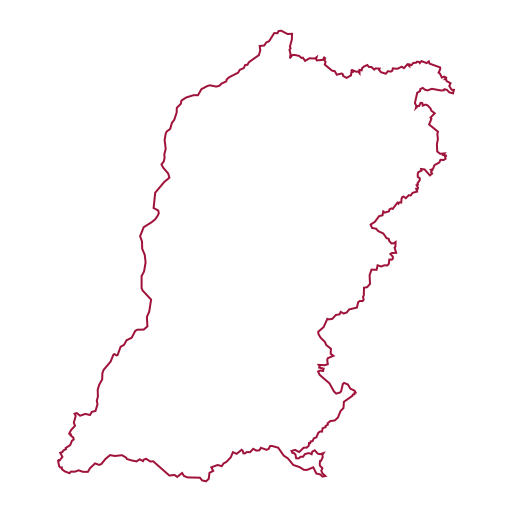 Victoria, Caldas, Colombia (Mercator projection)
{"feature_id": "7082276B78337286382012", "entity_name": "Victoria", "entity_type": "district", "adm_level": 2, "iso_a3": "COL", "parent_name": "Colombia", "parent_adm1": "Caldas", "projection": "mercator", "projection_center": [-74.809, 5.451], "detail": "fine", "context": "isolated", "style": "outline", "palette": "rose", "viewbox_px": 512, "rotation_deg": 0, "n_neighbors": 0, "source": "geoboundaries", "source_scale": "gbopen_adm2", "svg_char_len": 5939}
<svg xmlns="http://www.w3.org/2000/svg" viewBox="0 0 512 512"><path d="M292.0,33.8L287.5,34.0L281.2,30.7L278.5,31.1L277.5,33.2L274.2,33.1L269.1,41.2L266.2,42.5L264.3,45.5L259.7,46.0L260.3,50.3L258.9,55.1L249.0,62.1L247.4,64.8L245.3,64.9L243.6,68.2L239.8,69.8L238.1,72.7L229.2,77.2L226.8,79.3L226.2,81.4L221.5,83.6L219.5,85.7L216.3,86.6L209.9,85.3L207.2,86.1L201.4,89.2L198.0,95.2L193.5,95.2L186.1,97.5L181.4,100.6L180.8,103.9L176.8,107.8L176.7,112.4L174.3,119.7L171.9,122.9L170.2,128.9L166.6,131.6L165.7,133.8L164.6,140.0L165.7,148.7L164.3,154.6L164.6,157.9L163.7,161.5L161.5,164.4L163.1,167.6L168.2,173.5L169.4,177.7L164.4,181.8L155.2,192.7L153.6,208.0L158.2,210.5L158.8,213.2L157.6,215.8L155.2,219.3L151.5,222.3L143.7,227.2L140.1,236.2L142.0,241.5L142.2,248.8L144.7,254.7L145.6,262.2L144.1,271.3L141.6,276.1L141.6,288.0L142.6,290.5L151.1,299.6L149.2,311.7L146.9,316.9L147.4,326.4L143.7,329.6L137.4,329.7L135.3,330.8L131.7,337.7L126.5,340.3L124.1,344.8L120.6,346.8L117.6,355.0L116.5,355.4L114.3,354.1L113.4,354.7L110.6,361.6L103.6,369.9L102.4,373.2L102.2,379.3L99.1,385.0L97.7,389.8L97.9,396.6L96.8,400.7L97.5,404.3L95.5,410.9L91.8,411.9L90.0,415.0L85.3,413.9L80.1,415.7L76.8,413.1L74.6,413.7L75.7,416.0L73.8,422.7L75.0,425.8L71.1,430.0L69.2,433.6L70.9,434.4L70.5,435.3L73.3,437.6L73.7,439.5L71.9,440.8L70.2,445.1L65.7,448.0L66.0,449.1L63.2,450.6L62.4,452.1L60.2,452.8L62.4,456.8L59.6,460.5L58.5,460.1L58.1,460.9L59.1,466.0L60.2,467.5L61.8,467.4L62.0,469.3L64.8,471.4L69.5,473.2L70.9,471.6L74.9,471.7L78.7,470.3L82.8,471.8L87.8,471.9L90.1,468.1L95.1,463.4L99.1,464.9L101.3,464.1L105.4,459.0L110.1,455.1L114.8,456.0L122.0,455.2L126.1,457.6L126.9,459.0L131.5,460.4L136.6,461.4L139.7,459.3L143.0,461.1L143.8,459.6L146.1,458.8L150.3,461.5L153.2,461.3L169.3,475.5L174.6,475.0L177.2,476.9L182.1,473.0L184.0,476.0L187.5,477.4L199.9,477.7L202.1,480.4L206.0,481.3L208.7,478.9L209.5,472.8L213.2,470.9L211.3,467.3L217.7,465.0L221.7,466.2L223.6,463.4L226.3,462.0L230.8,457.3L232.9,452.2L236.7,453.8L241.6,449.8L242.9,451.1L243.4,453.3L244.6,453.5L246.8,452.1L250.2,452.1L253.2,448.8L256.4,450.6L259.4,450.3L260.9,447.8L266.5,449.8L268.7,448.9L270.0,446.1L272.1,446.0L278.2,447.7L283.7,455.6L287.9,458.4L293.3,465.0L299.6,467.1L304.0,469.9L307.1,469.9L313.3,467.3L316.3,473.5L320.4,474.5L322.4,476.6L325.4,476.0L322.5,473.4L321.3,470.8L322.4,468.2L320.0,465.8L319.7,464.0L320.1,460.9L321.0,460.8L322.7,457.4L322.4,454.8L323.5,453.1L320.2,454.2L317.7,453.6L314.7,450.3L312.3,451.6L311.6,454.2L309.6,453.2L307.2,453.4L304.8,454.2L303.1,456.7L300.5,456.8L298.8,458.3L296.2,458.3L295.4,454.5L294.2,453.2L292.5,453.0L291.5,451.0L295.0,449.9L299.2,452.0L303.7,447.7L306.8,447.6L308.8,445.6L309.0,443.1L310.2,443.2L310.7,441.4L312.5,441.2L313.8,438.4L316.4,437.3L318.2,432.9L320.1,431.5L322.0,431.6L322.6,428.3L325.6,427.1L325.7,425.9L327.8,424.7L327.6,423.3L330.4,421.0L334.7,420.5L337.9,417.6L340.5,411.1L343.5,408.0L343.9,401.8L352.4,395.8L352.8,394.6L354.4,394.3L354.5,392.9L355.6,392.6L354.6,390.7L350.4,388.7L347.9,384.5L344.1,382.9L342.9,383.9L341.1,391.3L340.0,392.5L336.2,393.6L334.0,391.5L329.5,383.4L319.7,374.9L318.1,371.5L320.3,370.5L323.1,371.0L323.6,368.6L319.2,367.6L319.7,366.3L318.7,364.9L324.8,365.2L327.8,364.2L327.2,359.9L327.8,358.2L333.4,355.8L330.7,353.8L330.9,348.7L326.3,345.1L324.8,341.8L320.7,337.8L318.5,334.2L318.2,331.8L323.6,327.1L327.4,318.8L328.9,319.4L332.4,318.8L335.8,315.0L339.6,314.3L340.7,311.9L343.7,313.5L346.7,312.5L349.2,309.4L356.9,307.6L358.2,302.2L359.8,301.0L362.6,301.1L363.7,299.6L363.0,297.0L363.8,295.4L364.0,287.7L367.1,287.2L370.0,283.9L369.6,275.2L371.5,269.6L376.6,269.8L377.6,265.3L381.4,266.5L384.2,265.3L387.4,265.4L388.9,263.6L389.3,259.5L391.8,259.7L392.8,258.7L392.8,256.6L390.4,254.0L392.0,253.0L396.2,252.8L394.6,247.7L395.4,246.6L395.6,242.0L393.7,243.3L391.4,243.4L389.2,240.9L388.7,238.8L386.6,238.2L383.3,233.5L378.2,231.1L376.1,228.7L372.1,228.0L370.6,224.6L374.9,221.8L379.0,216.2L382.5,215.3L383.3,211.4L384.9,212.6L389.0,211.3L389.5,209.3L391.5,208.4L392.7,208.9L397.4,202.7L398.5,203.7L399.2,202.4L401.2,202.6L401.6,198.5L402.5,196.9L403.6,196.6L405.8,198.2L408.8,195.2L410.7,195.5L412.6,192.8L417.1,191.6L416.3,188.9L417.5,189.2L418.0,187.7L416.6,185.2L417.9,184.6L417.5,183.4L419.8,180.1L419.7,178.1L417.8,176.9L417.7,174.0L418.5,172.0L421.5,170.7L421.1,169.0L424.5,169.4L429.9,175.4L432.1,173.6L431.0,172.0L432.0,170.6L430.9,169.8L433.0,168.9L434.4,165.2L439.3,162.5L440.5,159.8L443.7,160.0L445.6,158.7L444.9,156.2L446.8,155.7L443.2,155.0L444.5,153.4L440.2,153.8L437.2,151.5L436.9,144.3L437.9,139.0L437.3,134.0L438.0,131.7L429.1,124.5L431.4,118.8L430.5,117.6L434.7,113.3L431.4,110.7L430.4,108.3L427.6,105.4L425.5,104.6L422.7,105.6L422.4,103.2L421.5,102.8L420.6,102.9L419.1,106.0L417.8,106.0L415.9,108.0L416.4,105.9L414.9,103.1L417.2,92.8L420.1,91.0L420.3,89.1L422.7,87.9L425.1,89.8L427.6,90.4L431.8,88.8L441.1,90.5L443.8,90.3L444.4,89.2L447.0,89.9L449.2,92.3L453.0,93.4L453.9,89.9L452.0,89.9L450.9,88.7L449.3,86.0L450.5,83.2L446.5,81.0L446.1,79.0L445.0,79.1L446.1,77.6L444.2,76.6L441.9,77.6L439.9,73.5L438.6,72.7L440.3,68.9L440.1,67.4L429.5,63.6L428.8,61.4L426.6,63.1L421.5,61.1L419.8,63.1L419.1,62.0L416.9,61.7L416.0,62.8L413.3,62.9L411.5,65.1L409.3,64.4L409.4,66.1L407.4,64.3L403.9,68.2L401.7,66.7L397.4,68.8L392.8,68.4L392.3,70.7L390.9,71.6L387.9,71.2L385.8,73.7L381.0,72.2L379.1,70.0L379.6,68.6L375.5,68.4L374.2,69.6L371.6,67.1L368.9,66.9L367.3,65.0L363.8,66.6L362.0,68.4L361.7,70.3L359.5,69.9L359.5,73.2L358.1,71.4L356.5,71.8L352.0,70.0L351.4,70.8L352.7,72.0L351.3,72.7L351.0,75.4L346.6,77.9L343.2,76.0L342.8,74.2L341.7,73.5L336.8,74.7L334.7,71.1L332.1,70.7L324.8,64.6L325.5,61.9L324.4,60.2L325.1,58.2L324.2,57.5L322.8,59.9L316.8,60.4L316.1,59.0L316.6,57.2L314.9,58.5L309.5,58.3L305.1,60.9L302.9,57.7L301.6,58.0L299.1,55.9L294.4,54.9L292.3,55.1L289.8,58.3L290.6,54.4L289.5,49.7L290.6,48.2L289.9,46.7L291.9,39.4L292.0,33.8Z" fill="none" stroke="#9f1239" stroke-width="2"/></svg>